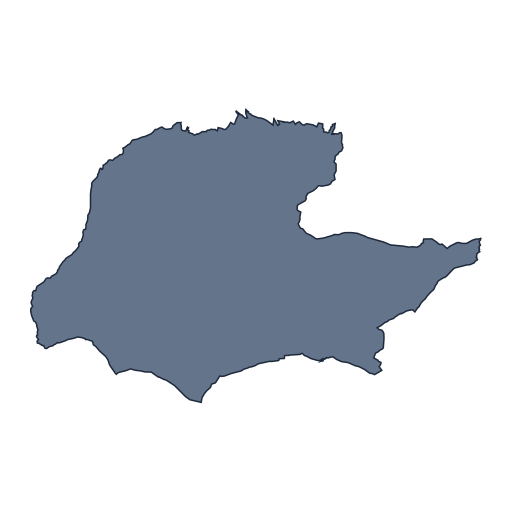 the district of Slimnic, Sibiu, Romania
{"feature_id": "2599482B85072360210848", "entity_name": "Slimnic", "entity_type": "district", "adm_level": 2, "iso_a3": "ROU", "parent_name": "Romania", "parent_adm1": "Sibiu", "projection": "equal_earth", "projection_center": [24.168, 45.943], "detail": "fine", "context": "isolated", "style": "filled", "palette": "slate", "viewbox_px": 512, "rotation_deg": 0, "n_neighbors": 0, "source": "geoboundaries", "source_scale": "gbopen_adm2", "svg_char_len": 6029}
<svg xmlns="http://www.w3.org/2000/svg" viewBox="0 0 512 512"><path d="M116.4,374.3L117.7,373.0L119.2,372.3L125.8,370.7L130.6,368.9L135.0,370.2L141.0,371.0L144.7,371.9L151.2,372.1L158.3,377.1L158.8,376.9L163.7,379.4L166.0,380.0L174.5,385.5L185.3,396.4L189.8,399.7L201.2,402.4L202.0,397.7L204.5,393.5L206.6,390.9L210.4,387.5L211.7,384.0L214.7,383.2L215.6,382.6L219.8,376.0L221.8,376.4L224.6,376.0L230.9,373.6L241.3,370.9L243.8,369.2L248.3,367.8L248.9,367.2L251.4,366.9L255.0,365.7L258.2,363.8L269.7,361.3L271.4,361.5L278.4,360.6L279.0,360.0L279.2,358.7L284.2,358.5L284.5,357.6L284.5,355.8L285.3,355.4L288.4,355.5L289.4,355.1L300.3,354.4L301.2,353.6L302.2,353.4L304.5,355.5L307.8,356.8L310.7,358.5L318.0,360.6L320.0,360.3L320.6,361.0L320.3,361.4L321.3,361.0L321.0,360.6L321.2,359.6L321.7,359.3L322.2,360.2L321.6,360.9L322.1,361.2L323.2,360.7L322.9,360.0L323.7,359.4L323.4,358.7L324.5,359.0L324.4,358.7L326.5,358.2L326.6,357.6L328.8,357.9L329.9,357.2L333.1,356.9L336.5,359.4L341.5,361.6L348.1,362.6L355.9,366.0L358.0,366.3L360.3,367.3L364.6,369.5L369.7,373.2L372.2,373.6L374.6,374.6L381.8,370.4L379.2,366.7L380.7,364.3L381.0,362.5L378.3,361.1L378.0,360.3L373.8,357.9L375.3,353.7L375.8,353.0L378.5,351.6L380.1,350.0L382.2,349.1L383.3,347.9L384.0,338.2L383.8,333.2L382.8,331.3L381.7,330.1L378.8,329.3L377.1,327.8L380.8,325.7L384.9,322.5L387.5,321.5L389.1,320.0L393.7,318.4L394.9,317.1L400.4,313.5L401.1,313.9L407.0,310.8L411.9,309.8L412.6,309.9L414.9,311.9L417.5,308.0L418.8,307.0L420.9,303.3L422.5,301.3L425.1,299.0L427.1,296.1L430.1,292.8L433.7,289.5L435.7,285.1L437.1,283.4L437.5,281.9L439.1,280.4L443.4,277.8L444.8,277.4L446.8,275.9L453.7,268.6L455.1,267.9L467.0,264.9L469.9,264.7L474.1,262.9L475.4,260.9L477.2,260.1L477.5,259.6L476.8,258.4L476.8,257.6L476.2,257.3L476.7,256.1L476.6,254.2L477.5,253.5L477.7,252.9L479.8,251.7L479.1,250.5L479.6,249.2L478.8,247.9L479.4,247.1L479.3,246.0L480.4,245.2L479.5,243.1L479.2,241.4L480.5,239.9L480.3,239.2L481.3,238.1L479.4,238.9L475.8,239.1L472.4,240.2L466.5,243.4L462.2,243.4L458.4,242.5L456.6,242.8L449.9,246.2L447.1,248.5L442.0,244.0L440.2,244.6L438.5,243.8L436.8,242.2L431.9,238.9L423.7,239.0L423.2,241.2L423.5,242.6L421.4,243.6L421.3,244.2L420.0,245.6L417.0,247.2L411.8,246.7L409.6,247.2L403.0,246.1L390.5,244.9L383.6,242.0L367.4,237.5L365.3,236.3L357.3,233.3L351.2,232.6L345.6,232.6L342.2,233.2L338.8,234.7L334.1,234.5L332.3,235.5L323.7,238.0L317.5,238.9L315.6,238.6L311.2,235.5L306.2,233.2L302.6,228.7L300.4,228.2L298.3,224.2L298.2,223.5L298.9,222.7L300.0,219.5L299.9,216.5L300.8,212.1L297.8,210.5L297.1,209.5L297.4,205.5L298.9,204.2L305.1,200.8L306.0,199.4L306.2,198.4L306.0,196.8L306.5,195.3L307.4,194.6L307.6,193.5L313.4,190.6L316.4,188.2L317.9,186.2L319.0,185.7L321.9,186.2L328.3,185.0L330.5,183.9L332.0,181.3L335.0,179.5L334.1,174.9L336.1,170.9L336.1,164.0L334.2,162.2L334.0,161.5L335.2,158.9L334.8,157.7L335.9,155.5L337.8,154.3L339.1,152.1L341.4,151.0L342.9,147.9L342.4,145.5L342.5,144.5L341.5,142.8L342.0,135.5L341.1,132.7L339.6,132.7L338.0,134.0L334.9,133.7L334.2,134.2L333.7,133.6L333.0,134.3L331.8,134.3L333.0,131.0L334.7,128.0L334.7,126.2L335.2,123.5L332.4,124.6L332.5,126.4L331.1,126.8L330.4,129.4L329.3,130.4L329.0,132.4L327.8,132.9L326.4,132.1L324.0,132.1L323.5,131.6L323.8,130.6L323.5,128.8L322.4,127.8L322.8,126.6L322.7,123.9L318.5,123.1L316.7,126.8L312.8,124.8L306.6,123.7L305.2,124.3L304.7,125.0L302.5,124.8L299.3,121.8L297.0,122.8L295.4,124.3L293.3,121.1L289.6,122.8L287.3,122.1L284.1,122.3L283.8,122.2L284.1,121.9L283.8,121.8L277.8,120.7L279.5,124.3L277.7,125.4L273.9,118.5L273.7,118.8L273.8,119.8L273.0,125.1L266.9,120.6L263.8,119.0L260.6,118.0L258.2,117.8L252.1,115.4L250.7,114.1L248.5,112.9L247.2,111.3L247.8,111.3L245.9,109.6L245.7,111.7L246.0,112.8L245.7,113.1L247.3,117.9L244.9,118.0L242.0,115.1L241.7,115.4L236.2,111.1L236.0,111.4L236.2,112.1L236.9,112.7L237.2,113.6L238.7,114.8L237.8,116.0L236.3,119.0L234.5,124.1L233.1,124.0L230.7,122.4L228.2,126.6L225.7,129.3L224.1,129.5L222.0,128.5L218.1,127.6L217.3,130.8L215.0,129.4L213.7,129.6L211.1,129.2L209.6,130.0L207.5,130.2L206.4,131.0L206.2,131.7L202.4,131.6L197.8,134.3L197.2,133.8L194.4,135.2L192.4,133.7L188.6,132.5L189.1,130.8L187.5,129.9L188.6,127.8L187.5,127.0L186.3,129.5L185.9,131.1L182.1,130.4L181.4,128.9L181.2,125.1L180.6,124.0L181.1,122.5L177.0,122.7L173.1,125.7L172.1,128.0L170.6,128.8L166.1,129.3L164.4,128.7L162.1,127.1L160.8,127.3L156.7,129.5L155.2,129.5L153.1,132.0L151.4,133.6L149.7,134.4L145.2,136.4L142.1,137.1L136.8,139.3L133.2,139.8L132.2,140.4L129.9,143.8L128.1,144.7L124.7,147.4L123.2,147.9L122.9,148.6L123.4,150.0L123.3,152.7L122.1,154.5L119.9,154.7L116.9,157.2L114.7,158.2L112.7,160.4L110.2,159.9L108.6,160.2L107.1,162.6L106.0,163.2L105.2,164.2L103.1,165.2L103.0,168.3L102.4,169.3L101.8,169.3L100.9,168.2L100.2,168.5L99.0,171.1L99.1,172.0L97.7,174.6L97.7,176.1L96.5,177.8L92.4,181.9L91.6,183.7L91.8,185.7L91.0,189.7L90.5,194.0L90.5,207.9L89.4,212.6L87.9,215.2L87.6,220.2L85.9,224.7L86.0,227.5L85.5,229.4L84.1,229.5L83.4,230.4L82.9,232.3L83.3,234.6L82.6,237.7L81.8,239.5L81.6,241.1L79.9,242.1L78.8,243.4L78.8,246.5L75.5,250.8L73.5,252.3L71.9,254.6L66.6,257.8L65.5,258.9L64.8,260.2L63.2,261.5L59.3,267.0L59.4,268.0L57.5,270.4L57.5,271.8L56.0,273.8L51.7,276.1L50.1,278.2L47.5,277.9L46.2,278.5L43.8,282.0L37.3,286.2L36.6,287.4L35.8,290.7L34.0,290.6L32.6,292.4L32.6,294.2L32.1,295.9L32.6,296.8L32.8,298.0L31.3,301.6L31.1,302.8L32.6,306.5L30.9,308.4L30.7,311.3L31.7,315.7L33.7,320.9L35.5,322.0L36.5,324.1L36.9,325.2L36.7,326.1L37.7,329.0L37.6,329.6L38.0,330.0L37.3,331.9L37.6,334.9L36.7,335.4L36.5,336.7L38.5,339.6L37.5,340.5L37.1,341.6L37.4,343.1L38.7,343.2L42.2,345.5L42.9,345.3L43.3,345.9L44.1,346.3L45.0,348.3L45.7,348.5L46.9,348.4L49.4,346.6L53.0,345.7L53.9,344.7L55.5,344.1L57.3,342.6L58.2,343.0L60.0,342.6L65.0,340.9L67.9,339.5L72.5,338.6L77.8,337.0L81.7,337.6L85.1,338.7L85.4,339.5L87.6,339.6L91.3,340.9L92.6,341.5L93.3,344.7L96.0,346.7L99.7,351.1L105.8,356.6L108.0,360.0L109.4,364.4L110.7,366.6L115.5,373.5L116.4,374.3Z" fill="#64748b" stroke="#1e293b" stroke-width="1.5"/></svg>